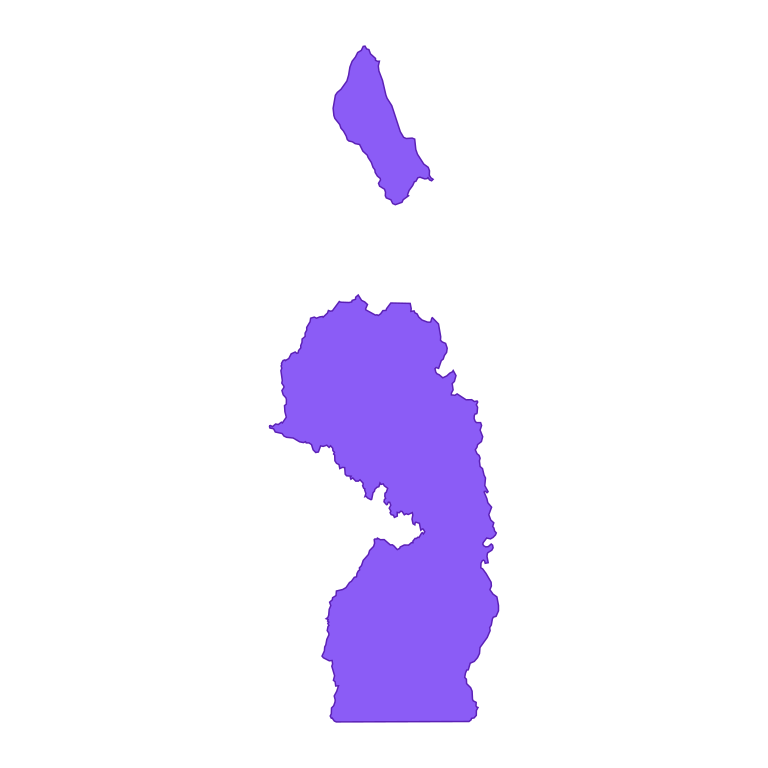 Senador José Porfírio, Pará, Brazil (Natural Earth projection)
{"feature_id": "56859067B45704380101234", "entity_name": "Senador José Porfírio", "entity_type": "district", "adm_level": 2, "iso_a3": "BRA", "parent_name": "Brazil", "parent_adm1": "Pará", "projection": "natural_earth1", "projection_center": [-51.783, -3.822], "detail": "fine", "context": "isolated", "style": "filled", "palette": "violet", "viewbox_px": 768, "rotation_deg": 0, "n_neighbors": 0, "source": "geoboundaries", "source_scale": "gbopen_adm2", "svg_char_len": 6097}
<svg xmlns="http://www.w3.org/2000/svg" viewBox="0 0 768 768"><path d="M336.2,721.9L469.0,721.5L471.1,719.8L471.5,718.4L474.1,717.9L476.3,715.4L476.4,710.5L478.0,707.5L476.6,707.0L476.0,705.8L476.2,702.4L473.2,700.8L472.5,699.3L472.1,691.1L470.6,687.6L466.6,683.6L466.4,679.2L464.7,677.4L465.5,673.0L466.7,670.1L468.3,669.8L470.2,663.2L474.3,661.4L477.5,657.7L479.5,653.5L480.0,647.5L487.2,637.5L490.1,630.7L489.7,627.6L491.3,625.0L492.4,618.9L493.3,617.2L496.1,616.3L498.5,610.8L498.5,605.5L496.9,596.9L493.0,594.1L489.9,589.7L491.4,586.0L491.1,582.2L486.1,573.6L482.6,568.8L480.8,567.8L481.0,563.1L482.3,560.7L483.5,560.1L484.5,560.8L485.2,563.3L488.2,562.7L487.0,556.4L487.3,553.8L487.8,552.7L491.8,550.2L493.1,547.8L492.6,545.2L491.2,544.0L488.3,546.6L485.8,546.9L483.8,545.8L482.8,544.2L483.2,542.6L486.7,538.0L490.5,538.9L493.1,537.4L495.5,534.9L496.3,532.9L494.6,531.0L493.9,528.0L492.7,526.5L493.8,522.8L490.8,520.1L488.8,514.7L491.6,507.2L487.8,502.7L486.9,498.7L484.2,492.3L484.3,491.5L485.5,491.3L487.0,492.7L488.1,491.7L484.8,485.6L485.5,478.0L484.0,475.0L482.5,468.6L480.1,466.5L479.4,460.9L480.1,458.2L479.1,455.4L477.0,453.7L475.3,449.8L477.0,447.2L477.6,444.6L481.4,441.6L482.7,436.7L480.1,430.1L481.6,425.5L480.6,422.6L476.4,422.6L475.0,421.0L474.1,418.4L474.3,415.5L475.1,414.0L476.7,413.7L477.1,412.9L477.6,407.3L476.3,404.8L477.7,402.0L477.1,401.0L474.3,401.5L471.7,399.7L466.1,399.8L457.1,393.9L454.9,395.3L451.4,394.9L451.4,393.1L453.1,389.9L452.2,383.6L454.4,381.4L456.0,375.6L453.2,370.5L452.4,371.8L449.7,373.2L446.8,375.9L442.8,377.8L439.1,374.7L437.0,373.8L435.8,372.2L435.0,368.6L436.2,367.5L438.6,368.4L441.3,360.6L443.2,359.1L444.4,355.5L446.6,352.4L447.2,348.2L445.6,343.4L442.3,342.0L440.5,340.3L440.7,336.7L438.5,324.0L432.4,317.7L431.8,318.1L430.8,321.8L429.9,322.2L427.5,322.1L422.0,320.0L418.7,317.0L417.1,313.9L414.9,312.8L414.1,310.9L410.9,311.4L411.2,308.5L410.2,303.4L390.8,303.0L386.6,308.6L386.0,310.4L382.9,310.6L380.7,313.7L378.3,315.5L377.0,314.8L375.4,315.1L365.9,309.9L365.6,308.9L367.5,304.5L364.7,301.9L361.6,300.4L358.2,295.0L355.7,297.2L355.5,299.3L352.1,300.4L351.7,301.9L349.1,302.5L340.6,302.2L339.3,301.5L332.4,310.8L330.5,311.2L328.4,310.5L327.5,313.0L323.1,317.2L322.6,316.5L319.8,316.9L316.5,318.2L314.3,317.1L310.6,318.2L310.1,321.7L306.7,327.4L306.7,330.2L305.1,333.1L305.1,336.5L302.1,339.0L302.0,342.4L300.7,345.6L300.8,347.9L298.6,350.4L298.1,352.9L296.7,353.3L295.2,352.0L291.2,353.8L288.8,358.5L285.4,360.6L284.9,359.9L283.1,360.5L281.5,363.3L281.7,365.0L281.1,365.9L281.8,368.2L280.9,370.7L282.3,380.5L281.8,383.1L283.9,386.3L283.9,387.5L281.9,390.5L283.2,394.8L285.9,397.8L286.4,399.5L286.3,404.2L284.5,405.6L284.9,411.7L286.3,417.2L282.4,422.9L281.4,422.2L278.3,424.5L275.6,424.0L272.6,426.6L270.4,425.5L269.7,425.7L269.5,426.7L269.9,428.0L273.6,428.8L275.3,432.0L282.1,433.5L284.0,436.1L286.6,437.3L293.1,438.0L299.6,441.8L303.5,442.6L305.5,441.7L306.2,442.9L309.0,442.9L311.5,444.6L313.1,449.8L315.7,452.5L318.4,452.0L320.6,445.9L323.2,446.4L326.8,445.2L329.1,447.4L330.6,445.8L332.7,448.2L332.9,450.7L334.5,452.3L333.6,454.0L334.7,455.1L334.9,460.8L336.5,463.3L339.0,464.6L339.8,468.6L342.3,467.4L344.7,467.6L345.2,474.2L346.6,475.8L351.1,476.2L350.3,477.6L350.9,479.2L352.8,478.0L355.7,481.1L358.4,481.1L360.0,479.8L363.1,483.2L363.1,484.9L362.6,485.6L363.6,488.1L364.9,488.9L364.6,489.8L365.9,493.5L364.9,496.6L366.0,496.2L367.6,498.0L371.0,499.7L371.7,499.3L373.0,492.8L374.5,491.1L374.8,489.4L376.9,487.3L378.9,486.7L380.0,483.0L381.0,484.4L383.2,483.9L384.3,485.8L387.7,488.3L386.2,492.4L385.0,493.2L384.8,496.3L385.6,498.4L384.4,499.5L384.0,501.8L386.5,504.7L387.3,504.5L388.3,502.2L389.7,502.3L390.8,505.2L389.2,508.2L390.9,511.1L390.1,512.7L391.1,514.6L393.5,515.3L394.4,517.4L397.3,516.1L397.2,512.4L399.1,512.8L400.8,511.2L402.1,511.5L404.3,514.8L406.2,513.7L408.2,514.5L412.3,512.6L412.8,515.0L412.0,519.1L413.0,523.7L414.8,524.9L415.2,522.7L415.9,522.2L419.4,523.3L420.8,530.2L422.4,528.9L423.3,529.2L424.8,531.8L423.4,533.9L422.3,532.7L421.6,533.1L419.0,537.5L417.9,537.2L416.3,538.5L415.1,538.4L412.9,541.1L412.9,542.7L411.5,542.6L408.6,545.1L404.2,545.0L400.2,547.0L399.6,548.4L397.3,549.6L394.1,546.1L392.4,544.8L390.3,544.9L384.2,539.6L380.4,539.7L377.4,538.1L377.0,539.0L374.8,539.0L374.2,539.6L374.6,543.2L373.6,546.4L369.6,550.5L368.4,554.5L363.2,560.4L361.5,565.6L359.4,567.8L359.6,570.0L358.2,571.1L357.0,573.5L356.5,576.8L354.3,577.3L351.4,581.3L349.5,582.5L346.0,587.6L342.7,589.5L336.4,591.0L336.0,595.6L332.6,597.7L332.3,599.8L329.6,602.2L330.8,605.6L329.2,609.3L328.7,615.2L327.8,617.5L326.2,618.7L328.2,619.5L327.6,621.1L328.8,622.1L327.8,623.3L328.9,625.5L328.0,626.5L327.2,630.6L328.8,633.1L328.9,634.9L326.8,639.4L325.8,644.9L324.7,646.9L324.4,650.9L322.0,656.1L323.4,657.8L329.3,660.8L332.1,660.5L332.6,664.0L331.8,666.2L334.6,675.8L333.4,680.3L335.1,681.7L335.7,686.0L338.5,685.8L336.7,691.3L334.2,696.0L335.2,699.9L335.0,702.0L333.7,705.7L331.5,708.0L331.3,713.9L330.2,716.0L331.3,718.2L332.1,718.0L334.3,721.0L336.2,721.9ZM403.6,137.3L400.3,131.7L391.8,105.7L387.1,98.3L385.9,95.1L382.5,80.4L378.9,71.0L378.3,66.0L379.4,61.2L377.6,61.3L375.5,60.3L375.5,58.4L370.5,53.9L368.9,49.6L366.6,48.9L365.0,46.1L363.2,46.4L361.3,50.4L357.7,52.5L355.4,57.1L352.1,61.3L349.9,67.1L348.6,75.1L346.9,81.0L341.0,89.3L337.3,92.4L335.4,95.2L333.1,108.3L333.9,115.6L334.9,118.5L339.7,124.5L340.9,128.1L343.5,131.1L346.2,136.0L347.3,139.6L348.9,141.0L352.4,141.8L355.1,143.6L359.6,144.5L362.9,151.2L367.3,155.2L368.1,157.5L371.3,162.4L373.1,167.5L374.8,169.7L375.2,172.5L377.4,176.1L380.2,178.4L380.5,180.0L378.5,183.3L379.6,186.2L384.5,189.2L385.5,192.1L385.3,195.8L386.3,197.9L390.9,199.8L392.7,203.5L395.3,204.7L402.0,202.3L403.2,199.7L408.5,195.8L407.6,195.3L407.7,194.2L409.2,190.3L412.7,185.5L414.4,181.7L415.9,181.3L417.8,177.8L420.0,177.2L424.8,178.9L427.1,178.6L428.0,177.6L429.5,179.9L431.6,180.8L433.1,179.3L430.9,177.8L429.3,175.2L429.5,170.8L428.2,167.3L423.8,164.1L417.5,154.3L415.8,149.5L414.7,139.1L412.2,138.1L406.2,138.5L403.6,137.3Z" fill="#8b5cf6" stroke="#5b21b6" stroke-width="1.5"/></svg>